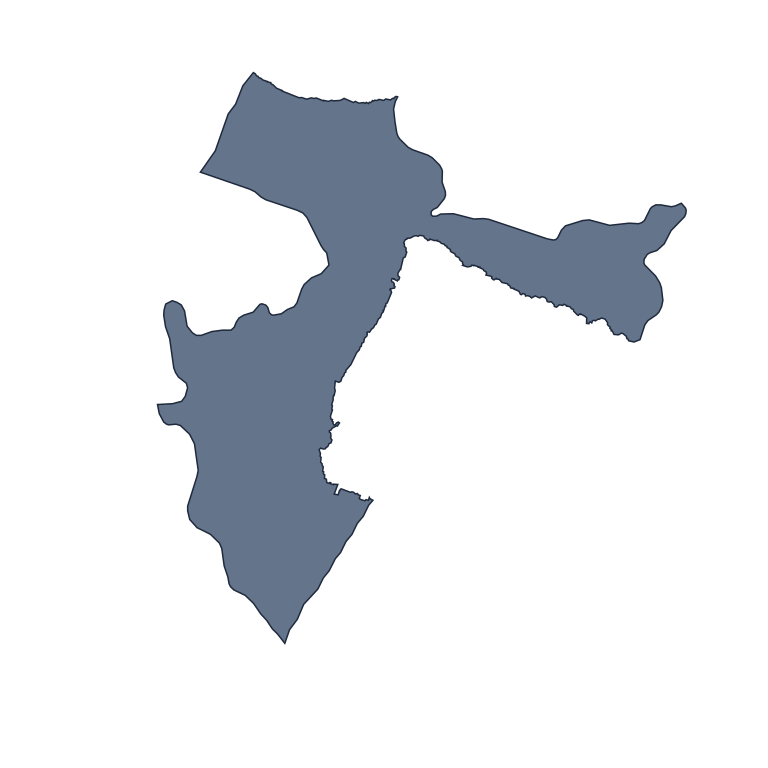 outline of Sánchez, Samaná, Dominican Republic, rotated 18°
{"feature_id": "3306468B64693584443826", "entity_name": "Sánchez", "entity_type": "district", "adm_level": 2, "iso_a3": "DOM", "parent_name": "Dominican Republic", "parent_adm1": "Samaná", "projection": "orthographic", "projection_center": [-69.614, 19.143], "detail": "fine", "context": "isolated", "style": "filled", "palette": "slate", "viewbox_px": 768, "rotation_deg": 18, "n_neighbors": 0, "source": "geoboundaries", "source_scale": "gbopen_adm2", "svg_char_len": 6158}
<svg xmlns="http://www.w3.org/2000/svg" viewBox="0 0 768 768"><g transform="rotate(18 384 384)"><path d="M151.7,375.4L152.0,381.7L153.2,386.5L158.5,397.0L166.2,407.2L179.1,433.7L182.4,437.7L186.4,440.9L195.8,444.4L198.4,448.3L198.8,457.2L196.9,463.0L188.7,468.2L174.9,473.5L179.4,481.6L186.2,488.2L189.5,489.4L191.8,489.4L198.6,486.5L203.2,486.4L214.6,491.8L222.2,499.4L234.0,523.6L234.7,530.0L235.0,560.8L236.5,565.4L241.1,572.9L250.6,578.4L265.4,580.6L276.7,586.2L280.5,590.5L288.2,606.4L295.1,615.7L298.4,621.9L300.8,624.3L305.1,626.3L317.3,627.9L327.8,633.0L337.9,640.8L345.4,645.0L353.5,651.4L359.9,654.6L369.8,661.3L370.1,646.8L374.3,634.5L375.7,618.4L384.5,599.4L386.2,587.3L389.6,578.5L391.7,565.2L394.8,557.7L396.5,545.6L400.0,536.9L401.7,524.8L405.2,516.1L406.9,504.0L409.4,498.0L406.1,497.4L405.1,496.4L405.1,499.5L402.7,499.5L401.8,501.0L396.9,501.0L395.9,500.5L395.9,497.4L394.0,497.4L392.5,496.4L390.6,497.4L388.6,496.4L386.7,496.4L385.7,497.4L376.0,496.9L375.1,497.4L375.1,499.0L374.6,499.0L374.6,503.6L370.7,504.1L371.1,493.8L366.8,494.9L366.8,495.4L363.9,495.4L363.9,494.4L362.9,494.4L362.4,495.4L360.0,495.4L358.6,492.3L356.6,492.3L355.7,488.7L354.2,488.2L353.7,486.1L352.7,486.1L351.8,481.5L350.3,480.5L349.8,479.0L347.9,477.9L346.9,473.3L345.5,472.3L345.0,469.7L342.6,466.6L343.5,464.6L346.4,464.6L348.4,463.6L348.4,462.5L349.8,461.0L350.3,457.4L351.8,456.4L351.8,453.3L349.8,451.7L349.8,450.2L348.4,447.1L346.9,446.6L346.4,445.6L347.9,444.0L348.4,442.0L351.8,438.4L352.7,438.4L353.7,434.8L352.3,434.3L350.8,435.8L350.3,437.9L348.9,438.4L347.4,436.9L347.4,435.8L346.0,435.3L346.0,433.8L344.5,433.8L343.0,431.2L343.0,424.5L342.1,424.0L341.6,420.4L340.6,419.9L340.6,414.8L339.7,412.7L339.7,410.2L340.1,410.2L339.7,405.5L338.2,403.0L336.8,396.3L340.6,396.3L342.1,394.7L342.1,390.6L343.1,388.6L343.1,385.5L344.0,384.5L343.5,382.9L346.5,375.8L348.4,362.4L349.9,359.3L349.9,356.2L350.8,355.2L350.3,352.1L351.8,350.6L351.3,346.5L352.8,343.9L352.8,341.9L351.8,340.3L352.8,339.3L354.2,339.3L355.2,335.7L356.6,333.7L357.1,330.6L358.1,329.5L358.6,323.9L360.0,321.8L360.0,317.7L361.0,315.7L360.5,314.7L361.0,314.7L361.0,309.5L361.5,309.5L361.0,307.0L362.0,305.9L362.9,294.6L361.5,292.6L360.5,292.6L360.5,291.6L364.4,289.5L364.4,288.0L363.0,287.4L363.0,285.9L361.5,284.4L360.0,284.4L359.1,283.3L359.1,281.3L361.0,280.8L361.0,281.3L364.9,281.8L364.9,280.8L365.9,280.3L365.9,277.7L363.9,276.7L363.0,274.6L363.9,270.0L364.4,270.0L363.4,258.2L364.9,256.6L364.9,251.5L363.9,251.0L363.0,247.9L361.0,246.9L360.0,244.3L359.1,243.8L359.6,240.2L361.0,239.2L361.0,238.2L363.9,237.1L366.8,234.0L368.8,233.0L370.7,233.0L372.2,231.5L376.0,231.0L377.5,232.5L380.9,233.5L381.4,234.6L381.4,233.5L382.8,233.0L382.8,232.0L387.7,232.0L390.1,231.0L390.1,231.5L393.0,231.5L395.0,232.5L398.3,232.5L399.3,233.5L401.2,233.5L401.7,234.6L405.6,235.6L406.1,237.1L407.1,237.6L410.9,238.2L412.9,240.2L416.3,240.7L418.2,242.8L421.1,243.8L421.6,245.3L422.6,245.9L422.1,246.9L427.0,246.9L430.3,245.3L430.8,243.8L432.8,243.8L432.8,243.3L437.6,243.3L437.6,243.8L439.1,243.3L439.1,243.8L442.9,244.3L443.9,245.3L446.3,245.8L447.3,246.9L447.3,248.9L452.6,248.4L453.6,248.9L453.6,250.0L455.6,251.0L456.5,251.0L458.0,248.9L458.5,249.4L461.4,248.9L464.8,251.0L470.6,250.5L471.5,251.5L473.0,251.5L474.9,253.5L477.9,253.0L477.9,253.5L483.7,254.1L486.1,256.6L487.1,256.6L488.0,255.1L490.5,255.1L491.4,256.6L493.4,255.6L495.8,255.6L497.7,256.6L500.6,253.5L505.5,254.0L507.4,252.0L510.3,252.0L512.3,253.0L513.7,255.1L515.7,255.1L517.6,254.0L521.5,256.1L522.0,257.6L524.4,257.6L526.3,254.5L529.7,254.0L530.7,252.5L533.6,253.0L533.6,253.5L537.0,253.0L538.9,254.5L540.9,254.5L541.9,256.1L546.7,258.6L547.7,258.6L548.2,257.1L549.6,257.1L549.6,256.6L554.5,257.6L556.4,258.6L557.9,263.8L560.3,263.3L560.3,261.7L561.3,261.2L562.7,261.7L562.7,259.7L563.7,258.6L565.6,258.6L567.6,256.1L568.5,256.1L570.5,254.0L574.3,254.0L577.7,256.6L578.2,258.6L581.6,260.2L581.6,261.2L583.6,262.2L583.6,263.2L585.0,263.2L587.4,265.8L591.8,264.8L594.2,262.2L595.7,262.2L599.6,263.7L601.0,265.8L602.0,265.8L603.4,267.3L608.8,266.8L613.8,262.7L613.8,247.1L615.4,242.1L621.6,234.1L623.2,230.8L624.1,224.6L623.4,218.3L618.0,206.6L614.9,202.5L609.0,197.4L595.0,190.1L593.6,188.3L592.9,185.0L594.3,179.4L596.4,177.0L602.3,172.7L607.2,164.1L609.6,149.4L618.2,131.9L618.4,128.4L617.6,125.1L616.2,123.4L610.9,120.2L605.9,124.7L602.5,126.6L592.0,128.1L587.2,129.6L584.1,132.8L583.1,135.1L581.2,148.0L579.3,150.8L576.6,152.9L567.4,155.3L549.5,163.4L528.5,164.5L522.5,167.1L507.7,177.5L505.2,182.8L504.0,191.3L502.9,193.4L500.8,194.7L494.5,195.5L432.6,195.0L427.3,196.0L418.5,199.3L397.4,200.6L385.3,204.9L382.3,208.0L378.5,209.4L376.5,208.5L375.6,205.4L377.0,202.7L380.1,199.7L384.1,189.1L384.2,185.5L382.9,182.1L376.9,174.1L373.8,163.7L372.6,161.8L369.3,158.7L360.1,154.0L355.1,152.8L339.0,152.4L333.8,151.4L323.5,146.3L320.8,144.2L318.7,141.5L313.4,131.2L308.1,119.4L307.5,111.9L308.3,106.7L306.7,106.7L305.3,108.2L305.3,109.3L303.8,109.8L302.4,111.8L297.5,112.4L296.1,114.4L291.2,114.9L289.8,116.5L287.4,117.0L286.9,118.0L285.4,118.0L285.4,119.0L284.0,120.6L283.0,120.6L282.5,122.1L280.1,121.6L279.1,123.1L277.7,122.6L273.3,124.7L269.4,124.1L268.0,125.7L257.8,124.7L254.9,127.7L248.6,130.3L246.6,130.3L243.7,132.4L238.9,132.9L238.9,133.4L231.1,132.9L229.7,133.9L226.3,134.4L222.4,137.0L217.1,137.0L214.7,138.0L196.7,136.9L196.7,136.4L190.4,135.9L186.5,133.9L183.6,133.3L183.2,132.3L179.8,132.8L179.8,132.3L174.9,132.3L172.5,131.3L170.1,131.3L169.1,130.3L167.6,130.3L165.7,128.7L163.5,128.2L157.6,144.0L156.4,163.7L152.4,175.2L151.5,214.4L143.9,239.3L196.0,240.2L201.8,241.0L209.4,244.2L214.8,245.3L247.8,245.6L254.0,246.4L259.3,249.5L281.2,271.7L285.1,274.9L289.0,277.0L294.9,287.9L290.2,298.5L282.2,305.5L277.3,314.1L276.4,319.3L276.1,333.9L274.6,338.3L269.1,343.0L264.7,348.9L257.6,352.7L255.6,352.9L253.0,351.7L249.8,347.1L247.3,345.5L243.3,345.4L241.4,346.5L237.4,356.1L229.3,361.9L225.7,366.1L224.4,370.7L224.0,376.4L221.8,380.1L213.5,382.8L204.1,387.3L195.2,394.2L190.6,395.7L186.1,394.6L178.9,389.9L171.7,376.1L166.7,371.4L161.9,370.3L156.9,370.2L151.7,375.4Z" fill="#64748b" stroke="#1e293b" stroke-width="1.5"/></g></svg>